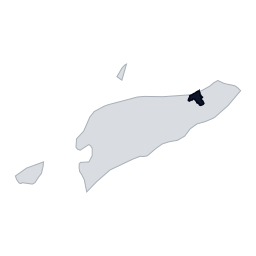 location of Laga, Baucau, East Timor
{"feature_id": "22284137B62238566078682", "entity_name": "Laga", "entity_type": "district", "adm_level": 2, "iso_a3": "TLS", "parent_name": "East Timor", "parent_adm1": "Baucau", "projection": "equal_earth", "projection_center": [126.658, -8.504], "detail": "fine", "context": "in_parent", "style": "filled", "palette": "ink", "viewbox_px": 256, "rotation_deg": 0, "n_neighbors": 0, "source": "geoboundaries", "source_scale": "gbopen_adm2", "svg_char_len": 3629}
<svg xmlns="http://www.w3.org/2000/svg" viewBox="0 0 256 256"><path d="M86.7,191.9L84.3,179.8L81.7,174.6L79.7,171.6L79.1,167.9L79.2,164.1L80.4,162.4L88.9,161.9L92.2,155.7L92.2,148.2L90.5,145.7L88.8,144.6L80.1,150.2L77.5,149.2L76.0,147.2L76.5,138.9L83.7,131.1L89.8,117.1L94.2,111.5L104.2,106.2L108.2,104.7L137.4,97.0L144.4,96.4L162.9,96.7L187.7,95.0L193.9,93.9L201.8,90.5L209.5,86.3L213.6,82.9L217.8,80.5L224.2,83.5L235.0,85.8L237.9,87.9L240.6,90.7L228.1,105.5L214.3,117.7L205.8,121.4L197.0,123.9L190.3,128.7L184.7,136.1L177.5,140.3L169.3,141.7L162.4,143.9L156.1,148.3L147.3,155.8L143.7,156.5L140.0,156.3L132.7,159.2L110.1,169.9L96.5,181.8L86.7,191.9ZM15.4,176.0L26.5,168.1L43.5,161.9L43.1,166.4L41.4,173.5L38.8,176.8L34.9,182.7L32.4,184.1L22.2,182.7L20.9,183.6L19.1,183.0L16.5,179.2L15.4,176.0ZM126.5,64.1L121.9,80.2L116.9,76.7L122.2,67.7L124.7,65.1L126.5,64.1Z" fill="#d9dde1" stroke="#a8b0b8" stroke-width="1"/><path d="M203.9,103.2L203.6,102.9L203.4,102.9L203.4,102.7L203.3,102.4L203.2,102.3L203.2,102.2L203.2,101.9L203.1,101.7L203.0,101.4L202.9,101.2L202.7,100.9L202.5,100.7L202.3,100.6L202.1,100.5L201.9,100.5L201.9,100.4L201.7,100.2L201.5,99.8L201.4,99.8L201.2,99.6L201.0,99.4L201.0,99.2L200.9,98.9L201.0,98.8L201.0,98.7L201.0,98.3L201.0,98.1L201.3,98.1L201.4,97.9L201.5,98.0L201.5,97.8L201.5,97.7L201.7,97.4L201.8,97.3L202.1,97.3L202.3,97.4L202.5,97.2L202.4,97.1L202.2,97.1L201.9,96.7L201.7,96.6L201.4,96.6L201.2,96.5L201.1,96.3L200.9,96.3L200.8,96.2L200.7,96.2L200.5,95.9L200.5,95.7L200.4,95.5L200.3,95.3L200.2,94.9L200.2,94.7L200.3,94.7L200.2,94.6L200.1,94.4L200.0,94.2L199.9,94.0L200.0,93.8L200.0,93.7L199.9,93.7L199.8,93.2L199.8,92.9L199.9,92.7L199.8,92.4L199.7,92.3L199.7,92.2L199.5,91.9L199.4,91.8L199.3,91.7L199.2,91.6L199.2,91.4L199.1,91.2L199.1,90.9L199.1,90.7L199.0,90.8L198.7,90.9L198.4,91.0L198.2,91.1L197.8,91.2L197.7,91.2L197.5,91.4L197.3,91.5L197.0,91.7L196.8,91.8L196.7,91.8L196.2,92.1L195.9,92.5L195.7,92.6L195.4,92.9L195.2,93.1L194.9,93.2L194.7,93.2L194.4,93.3L194.2,93.4L194.1,93.5L193.8,93.6L193.4,93.8L193.1,94.0L192.9,94.2L192.8,94.3L192.7,94.5L192.5,94.8L192.4,94.9L192.2,94.9L191.8,95.0L191.6,94.9L191.3,94.9L191.1,95.0L190.9,95.3L190.7,95.5L190.5,95.8L190.3,95.9L190.3,96.0L190.2,96.1L189.9,95.9L189.7,95.9L189.8,96.5L189.7,96.7L189.7,96.8L189.7,97.0L189.7,97.3L189.7,97.5L189.4,97.7L189.3,97.8L189.2,97.9L189.0,98.1L188.9,98.2L188.8,98.4L188.8,98.5L188.7,99.0L188.5,99.7L188.4,99.9L188.3,100.0L188.3,100.4L188.4,100.5L188.5,100.6L188.8,100.5L188.9,100.4L189.0,100.5L189.3,100.7L189.3,100.9L189.3,101.0L189.5,101.1L189.8,100.9L189.9,100.6L190.0,100.5L190.2,100.3L190.4,100.3L190.5,100.1L190.7,99.9L190.8,99.9L191.2,99.9L191.3,99.9L191.4,100.0L191.5,100.1L191.8,100.1L192.0,100.1L192.0,99.9L192.2,99.7L192.3,99.6L192.3,99.4L192.4,99.2L192.6,99.1L192.9,99.2L193.0,99.0L193.3,99.1L193.6,98.9L193.8,98.8L194.0,98.9L194.3,99.1L194.6,99.4L194.7,99.5L194.9,99.7L195.0,99.7L195.1,99.9L195.3,100.2L195.4,100.4L195.5,100.5L195.8,100.7L195.9,100.8L196.0,100.9L196.1,101.0L196.2,101.3L196.4,101.4L196.4,101.5L196.5,101.6L196.6,101.9L196.8,102.2L196.8,102.3L196.8,102.5L197.0,102.5L197.2,102.8L197.3,102.7L197.3,102.8L197.5,102.9L197.6,103.0L197.8,103.1L198.0,103.1L198.3,103.1L198.5,103.4L198.7,103.5L198.8,103.6L199.0,103.6L199.1,103.8L199.2,104.1L199.2,104.4L199.3,104.4L199.3,104.5L199.4,104.8L199.5,104.9L199.6,105.0L199.8,105.1L200.0,105.2L200.3,105.3L200.5,105.4L200.8,105.3L201.1,105.3L201.5,105.0L201.7,104.9L201.9,104.9L202.1,104.8L202.3,104.8L202.5,104.7L202.8,104.5L203.0,104.4L203.3,104.2L203.4,103.9L203.5,103.8L203.6,103.6L203.9,103.2Z" fill="#0f172a" stroke="#020617" stroke-width="1.5"/></svg>